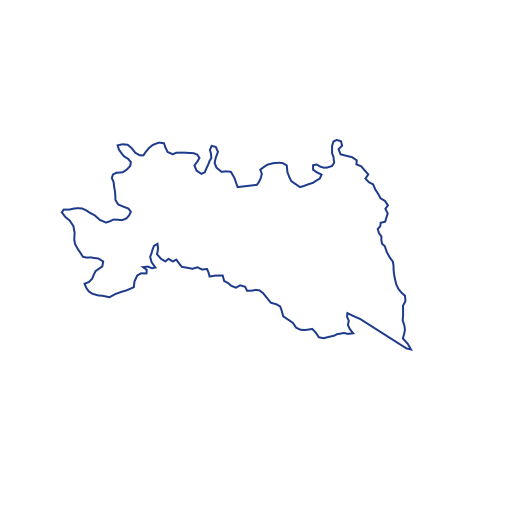 the district of Palmeira, Santa Catarina, Brazil, rotated 314°
{"feature_id": "56859067B29922311879883", "entity_name": "Palmeira", "entity_type": "district", "adm_level": 2, "iso_a3": "BRA", "parent_name": "Brazil", "parent_adm1": "Santa Catarina", "projection": "natural_earth1", "projection_center": [-50.169, -27.574], "detail": "fine", "context": "isolated", "style": "outline", "palette": "blue", "viewbox_px": 512, "rotation_deg": 314, "n_neighbors": 0, "source": "geoboundaries", "source_scale": "gbopen_adm2", "svg_char_len": 3542}
<svg xmlns="http://www.w3.org/2000/svg" viewBox="0 0 512 512"><g transform="rotate(314 256 256)"><path d="M232.3,334.7L233.9,339.3L236.4,342.3L239.3,344.7L242.6,347.1L242.4,352.2L241.2,357.7L243.8,361.7L249.2,365.1L253.0,367.6L256.1,368.6L258.8,370.7L261.6,372.6L264.0,376.4L267.9,379.6L268.6,374.3L270.3,369.9L273.8,367.8L275.6,363.6L278.4,361.5L280.7,368.4L283.1,374.9L294.0,428.4L296.4,432.4L298.2,426.4L298.7,418.9L303.0,416.6L306.1,414.6L308.6,411.7L311.7,406.1L315.4,403.1L318.6,400.0L322.3,396.3L327.4,394.8L330.9,390.8L330.7,386.2L331.2,381.6L333.0,376.6L336.2,371.6L339.0,367.7L341.8,364.4L344.7,361.5L347.0,358.4L348.0,352.7L349.7,347.3L352.5,341.9L352.4,338.1L354.5,335.1L357.2,332.6L357.8,328.7L360.0,324.8L363.8,324.7L366.5,322.6L370.4,325.1L374.4,323.0L378.1,321.2L379.8,316.3L384.1,315.7L385.2,310.5L384.0,305.4L385.3,301.7L386.7,295.6L388.9,290.5L387.5,285.9L387.7,280.9L392.7,280.1L393.1,274.6L393.6,269.4L391.7,264.6L394.8,262.0L393.8,256.4L390.6,251.0L387.9,246.2L390.2,241.2L395.2,241.3L397.6,237.4L395.5,233.4L392.2,232.2L388.1,234.2L385.3,236.9L382.8,239.3L381.1,242.9L377.4,247.4L373.6,248.2L369.1,245.8L366.6,243.4L364.9,240.1L364.0,236.1L360.9,234.0L357.7,237.2L358.5,241.8L360.1,246.6L356.0,248.1L352.2,247.0L348.1,246.1L344.1,243.9L339.4,241.7L336.1,239.7L335.2,234.5L334.4,229.4L335.8,225.4L338.1,220.4L342.5,215.2L341.5,211.0L339.4,208.1L335.0,204.1L329.7,200.8L326.3,200.0L321.1,199.1L319.1,203.2L314.9,205.5L311.3,206.7L307.8,207.2L292.8,194.9L295.0,190.5L297.3,185.9L299.1,179.4L296.1,175.7L292.6,172.7L292.1,166.2L294.2,161.6L298.5,158.9L304.5,156.3L306.5,151.3L304.4,147.6L300.3,149.2L298.2,152.7L295.4,155.8L292.1,156.6L289.2,157.9L285.0,159.3L280.6,161.0L277.2,159.7L276.1,153.9L278.4,148.8L283.3,148.2L287.3,147.2L288.1,143.4L286.7,139.8L283.5,136.1L280.6,132.7L277.7,129.7L275.0,127.0L271.3,125.4L269.4,120.1L271.3,115.1L273.2,111.4L270.3,107.6L267.1,105.9L264.2,104.6L259.4,104.0L254.2,104.4L250.2,105.1L247.8,102.6L246.4,97.6L247.2,91.7L246.9,86.5L243.8,82.5L239.5,79.6L237.4,83.3L236.6,87.1L236.0,91.5L237.0,96.5L236.7,100.7L233.4,103.0L228.3,103.0L223.5,101.9L218.7,97.6L215.2,96.5L211.9,98.2L210.2,102.3L207.5,105.5L204.8,109.3L201.8,112.8L198.7,115.9L197.3,121.0L199.6,126.9L201.5,131.3L200.9,135.2L197.1,136.5L193.0,136.7L188.8,134.8L185.6,130.8L183.1,128.1L179.7,126.9L175.9,124.9L173.5,118.7L173.2,111.8L171.5,105.7L170.8,101.8L169.3,97.8L166.7,94.7L163.7,92.1L159.6,89.4L155.8,85.4L152.5,86.0L151.6,91.9L152.1,97.1L150.7,103.8L146.7,109.4L141.5,113.9L138.8,117.8L137.1,123.5L136.3,127.5L135.2,132.1L137.3,135.4L140.2,138.1L142.5,141.5L144.7,144.3L145.9,149.9L141.7,152.7L137.9,151.9L133.8,151.1L130.1,152.2L126.0,153.9L121.1,153.9L117.0,151.9L115.1,156.3L114.4,160.3L115.1,164.3L118.0,169.9L120.6,173.0L122.6,176.1L124.5,179.2L127.6,180.2L131.3,181.4L136.9,184.2L140.9,186.5L144.8,188.2L148.7,189.8L153.2,186.3L159.6,184.1L163.7,185.4L167.4,189.3L170.2,186.9L169.5,182.5L173.1,185.4L175.0,189.7L177.8,191.6L179.0,185.2L181.9,180.4L185.3,179.0L188.4,177.3L192.4,175.6L196.3,176.7L193.2,180.5L188.5,183.6L188.0,189.8L189.1,194.5L193.2,195.1L194.3,200.0L198.0,201.2L197.2,206.0L196.7,210.3L199.3,214.0L202.6,219.1L207.2,221.7L208.8,226.6L212.6,229.8L211.1,233.4L209.0,236.9L213.6,240.3L218.8,245.6L215.9,250.5L217.1,254.5L217.4,258.9L219.2,263.5L223.9,265.0L226.3,269.5L224.8,273.8L228.2,277.1L231.5,279.4L233.7,282.4L234.2,287.0L233.6,291.8L232.7,299.1L235.6,304.6L236.5,308.5L234.6,312.3L231.5,317.5L232.7,324.0L233.5,329.2L232.3,334.7Z" fill="none" stroke="#1e3a8a" stroke-width="2"/></g></svg>